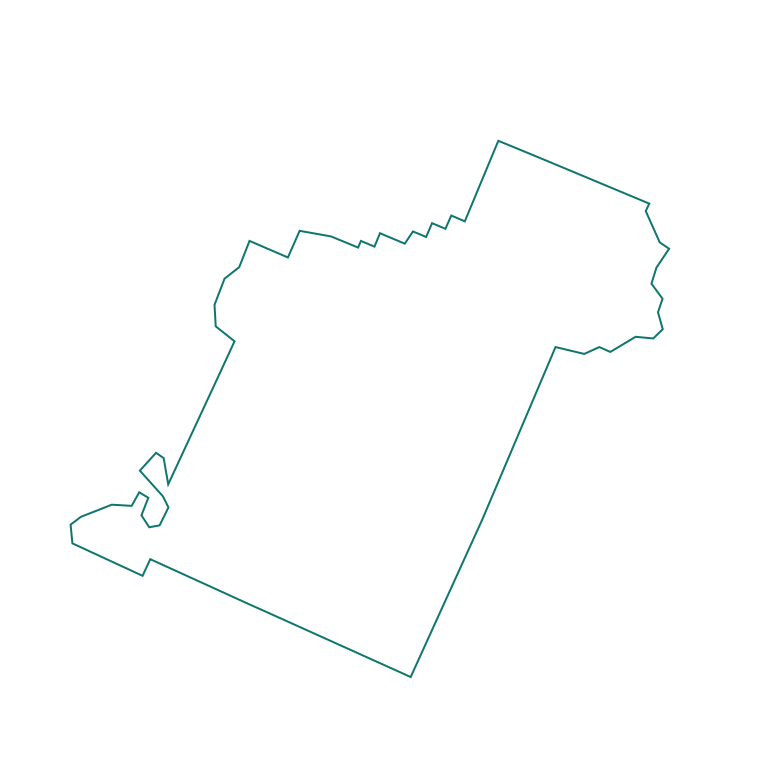 Camden, Missouri, United States of America (Albers equal-area conic projection), rotated 292°
{"feature_id": "52423323B51801670345561", "entity_name": "Camden", "entity_type": "district", "adm_level": 2, "iso_a3": "USA", "parent_name": "United States of America", "parent_adm1": "Missouri", "projection": "albers", "projection_center": [-92.734, 38.036], "detail": "fine", "context": "isolated", "style": "outline", "palette": "teal", "viewbox_px": 768, "rotation_deg": 292, "n_neighbors": 0, "source": "geoboundaries", "source_scale": "gbopen_adm2", "svg_char_len": 898}
<svg xmlns="http://www.w3.org/2000/svg" viewBox="0 0 768 768"><g transform="rotate(292 384 384)"><path d="M295.1,525.9L482.5,529.2L486.9,558.4L498.9,569.8L498.5,581.8L522.0,599.6L527.1,616.6L539.3,621.9L553.1,611.2L567.4,610.3L577.2,594.4L594.0,593.0L616.2,597.7L618.6,586.6L642.4,561.9L650.6,562.4L652.0,442.7L652.3,398.9L565.1,398.0L565.4,383.3L550.9,382.8L551.1,368.3L536.1,368.0L536.3,353.7L521.9,350.7L522.3,323.8L507.8,323.7L508.0,309.0L500.8,308.9L501.0,279.6L494.4,248.4L465.3,247.5L466.3,205.7L438.1,206.0L422.0,196.7L393.9,197.2L374.4,206.4L367.6,229.4L333.9,227.8L210.2,221.5L232.7,207.5L234.8,198.4L212.2,190.1L197.1,221.0L188.8,230.4L168.9,228.9L163.2,220.0L171.4,208.3L190.2,208.1L191.9,197.6L176.5,195.7L170.1,176.8L147.4,152.8L136.2,146.1L119.5,154.8L115.7,232.0L134.0,232.9L129.2,342.5L128.7,357.2L122.3,518.5L295.1,525.9Z" fill="none" stroke="#0f766e" stroke-width="2"/></g></svg>